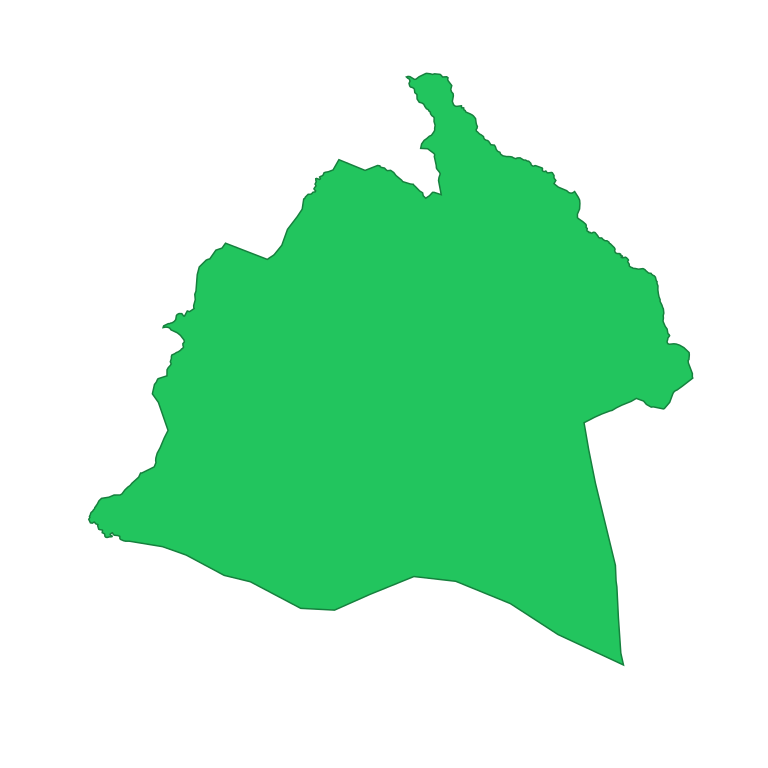 the district of Obuasi Municipal, Ashanti, Ghana, rotated 84°
{"feature_id": "2480657B43720081643569", "entity_name": "Obuasi Municipal", "entity_type": "district", "adm_level": 2, "iso_a3": "GHA", "parent_name": "Ghana", "parent_adm1": "Ashanti", "projection": "natural_earth1", "projection_center": [-1.716, 6.191], "detail": "fine", "context": "isolated", "style": "filled", "palette": "green", "viewbox_px": 768, "rotation_deg": 84, "n_neighbors": 0, "source": "geoboundaries", "source_scale": "gbopen_adm2", "svg_char_len": 6101}
<svg xmlns="http://www.w3.org/2000/svg" viewBox="0 0 768 768"><g transform="rotate(84 384 384)"><path d="M688.5,175.2L676.3,176.6L640.8,175.3L610.2,173.6L604.2,173.8L588.6,172.8L504.8,184.1L470.6,187.3L443.4,189.1L439.1,178.1L436.7,170.9L434.4,162.2L434.1,159.9L431.9,155.2L429.9,149.7L427.1,140.0L424.7,134.6L428.1,127.6L431.7,125.2L434.9,120.7L434.9,118.5L438.0,108.7L437.7,107.7L432.1,101.8L423.6,97.6L422.3,96.6L421.1,94.9L420.6,93.2L417.1,87.1L410.4,76.3L408.9,76.6L405.9,76.2L394.9,79.1L392.4,79.1L391.6,78.2L386.9,77.3L384.6,77.3L379.2,81.9L376.3,85.9L374.8,89.2L374.3,91.6L374.3,96.1L373.6,97.4L372.4,98.0L371.1,98.0L369.8,97.3L368.1,96.9L365.8,94.9L364.5,95.4L364.1,96.0L363.2,96.4L358.9,96.7L356.1,98.3L351.3,99.8L350.4,99.9L347.6,99.2L345.3,99.2L342.8,98.3L338.5,98.3L336.8,98.9L334.7,99.3L330.7,100.8L328.9,100.6L326.0,101.4L322.7,101.7L318.9,101.8L315.1,101.3L312.3,102.0L310.7,101.7L309.8,102.4L306.1,102.9L304.6,104.0L304.1,105.0L302.8,106.4L301.9,106.8L301.3,109.3L298.4,112.0L297.9,112.2L296.8,113.5L296.3,114.4L296.4,119.0L295.4,121.9L295.0,124.1L294.1,125.2L293.6,126.4L292.3,127.7L290.4,127.6L288.1,128.8L287.5,128.8L286.3,127.9L285.8,128.1L283.7,129.7L283.1,130.7L283.4,132.2L283.4,133.6L283.0,134.6L281.9,133.5L281.5,133.7L281.1,135.1L280.2,135.5L279.8,135.0L279.2,135.6L278.9,136.2L278.7,138.1L278.3,139.3L277.2,140.3L275.4,140.7L274.5,140.2L273.7,140.2L272.5,140.7L268.2,144.2L267.6,145.2L266.5,145.4L264.9,147.2L264.6,149.2L263.3,150.9L261.5,152.2L261.3,154.3L260.7,155.2L258.8,156.0L255.5,158.2L255.1,159.1L255.0,160.1L255.6,161.4L255.5,162.4L254.8,163.1L254.9,164.1L254.7,164.4L253.8,164.5L253.6,165.4L252.7,166.2L250.5,165.6L249.4,166.7L247.7,166.3L246.4,166.5L243.7,168.9L239.8,173.4L238.8,174.2L235.3,173.9L230.4,171.2L225.0,170.3L221.6,170.2L218.5,171.3L212.5,174.3L213.4,175.9L213.8,177.2L213.6,178.7L212.9,180.2L210.8,182.1L206.4,190.1L202.5,194.0L199.5,191.8L197.5,193.1L196.4,193.4L194.4,193.1L191.5,194.5L191.1,195.3L191.2,198.8L191.0,199.6L189.1,200.8L189.5,201.9L189.3,203.1L188.7,203.9L187.9,204.3L186.6,203.8L185.7,204.1L182.7,210.4L182.6,211.1L183.0,212.3L182.8,213.3L181.8,214.4L180.9,214.9L179.9,214.9L177.5,216.8L177.4,217.9L176.1,219.8L175.9,221.6L173.3,225.0L173.1,228.0L173.7,229.2L173.5,229.8L172.7,231.5L171.6,232.9L171.0,235.0L170.6,238.4L169.5,241.9L167.6,244.0L165.7,244.5L164.4,246.7L162.3,247.9L160.0,248.3L158.0,249.2L157.2,252.7L153.5,254.6L152.6,255.7L152.1,257.2L151.0,258.5L150.0,259.0L148.3,259.2L146.1,261.6L145.4,262.8L143.0,264.7L142.3,265.6L140.6,265.8L139.5,264.8L137.6,264.2L136.1,264.8L133.8,265.1L129.6,265.2L126.8,267.0L125.7,268.1L124.4,270.0L122.1,274.1L120.5,274.7L119.6,275.9L117.7,275.9L117.4,277.9L115.4,277.9L115.5,282.5L115.2,284.0L113.6,285.6L110.1,286.5L104.7,284.9L102.5,284.9L100.5,286.3L98.0,286.8L94.3,285.4L88.8,288.7L87.5,288.8L86.2,288.3L85.0,289.5L84.8,293.7L83.1,294.7L81.9,295.9L80.8,301.4L81.2,303.3L80.3,305.7L79.5,309.1L79.6,310.1L82.1,317.0L84.2,320.4L84.2,321.9L81.0,326.1L80.6,328.0L81.0,329.6L82.4,328.4L83.0,327.4L83.9,326.8L85.5,326.5L87.7,327.7L90.3,327.3L91.4,326.6L92.1,324.8L93.1,323.5L94.0,323.0L97.5,322.9L99.5,321.0L104.0,321.3L107.5,319.5L108.4,317.1L109.8,315.3L112.4,314.3L114.7,313.0L115.8,311.3L117.2,310.8L118.5,309.5L120.0,309.5L122.1,308.4L123.5,306.8L124.4,306.3L128.2,306.8L132.1,306.1L134.9,306.9L136.7,307.0L138.0,307.7L141.6,310.8L142.3,313.0L144.4,315.9L145.9,318.6L149.2,321.5L153.5,322.9L154.6,316.0L160.0,310.2L160.9,309.7L161.7,309.7L163.0,310.2L172.0,309.2L174.5,309.3L175.4,309.1L179.2,306.7L180.9,306.1L184.3,307.7L187.3,308.5L201.7,307.3L198.6,314.2L198.5,315.7L201.5,319.1L203.6,323.1L200.9,325.3L197.9,325.6L195.7,328.4L190.6,332.4L189.7,333.4L188.5,333.9L187.9,336.7L184.7,344.2L183.1,345.2L177.9,350.3L174.7,352.2L172.2,355.1L172.2,358.1L171.7,359.1L169.3,360.9L168.3,364.0L167.4,365.2L166.6,365.3L166.0,367.5L169.6,380.5L156.2,405.4L165.8,412.3L167.1,417.2L167.3,420.3L167.7,421.6L169.8,422.7L170.8,424.4L170.8,425.1L171.4,426.4L173.2,425.8L173.9,426.7L172.5,429.5L172.7,430.4L174.9,430.5L175.7,430.2L178.0,431.7L179.1,431.1L179.9,431.0L182.3,433.2L183.1,433.1L184.8,431.8L185.7,432.4L185.9,434.7L187.3,436.1L187.6,437.4L187.4,439.6L190.0,442.8L191.3,443.5L191.6,444.5L201.6,447.1L208.5,452.8L220.1,463.8L235.3,471.1L243.8,479.6L244.6,480.8L246.6,484.8L247.9,487.0L227.4,526.9L231.9,530.9L233.3,537.2L241.4,544.2L241.6,546.0L242.2,547.9L248.3,555.5L255.7,558.3L272.0,561.3L275.0,562.8L280.5,562.9L286.1,565.1L288.1,565.2L289.1,564.9L291.7,569.8L290.8,572.0L295.6,575.3L295.4,576.2L292.9,577.7L292.5,580.4L293.2,582.3L294.2,583.3L298.2,584.4L299.8,586.0L301.0,588.3L301.1,589.7L301.6,591.2L301.4,592.2L302.8,596.1L303.2,597.1L304.8,597.8L304.6,595.4L304.9,593.5L305.5,592.1L306.1,591.2L307.9,590.2L311.5,584.2L314.3,581.4L319.3,578.3L321.4,578.2L322.8,579.8L324.7,579.9L326.3,579.5L327.7,580.7L328.0,581.7L329.1,582.7L330.5,585.3L331.0,587.2L332.0,589.0L333.0,592.0L334.5,592.6L336.4,592.8L339.6,594.2L341.1,593.7L342.0,593.7L343.2,594.6L345.1,596.8L347.2,598.3L353.2,599.0L355.1,608.1L355.8,608.8L358.4,610.3L360.4,612.3L369.6,615.4L378.7,610.3L407.6,603.6L414.7,608.2L424.0,613.3L429.1,616.8L433.7,618.6L436.3,619.1L438.3,619.0L442.4,621.2L447.2,634.2L447.1,635.4L451.0,637.7L456.3,645.0L458.4,647.1L459.8,649.6L462.3,652.8L465.9,656.1L466.8,658.1L466.2,664.1L467.8,669.3L468.2,676.9L470.4,679.7L473.9,682.0L474.7,682.9L475.8,683.5L476.4,684.4L477.9,685.0L479.2,686.5L480.1,687.0L480.9,688.4L481.8,689.2L483.1,689.6L485.0,690.8L485.9,690.4L487.7,691.8L491.4,690.5L491.9,688.6L491.1,687.0L491.1,686.4L492.9,685.3L493.9,683.2L495.0,683.6L498.6,682.9L499.1,682.0L499.7,679.6L500.1,679.2L502.4,679.8L503.8,677.6L506.5,677.4L507.3,676.7L507.7,675.5L507.3,672.6L507.5,671.6L507.3,670.4L506.9,670.2L505.6,671.9L504.9,672.1L504.6,671.9L503.6,670.1L503.6,669.6L505.3,668.9L506.2,668.0L506.9,664.5L507.9,662.7L510.2,662.8L511.0,662.3L512.6,659.5L513.3,657.5L513.7,653.9L522.6,621.3L533.4,598.7L557.6,563.0L566.7,537.6L598.4,490.3L603.7,456.8L591.8,420.1L578.6,374.4L587.7,333.3L615.6,281.3L651.4,237.1L688.5,175.2Z" fill="#22c55e" stroke="#15803d" stroke-width="1.5"/></g></svg>